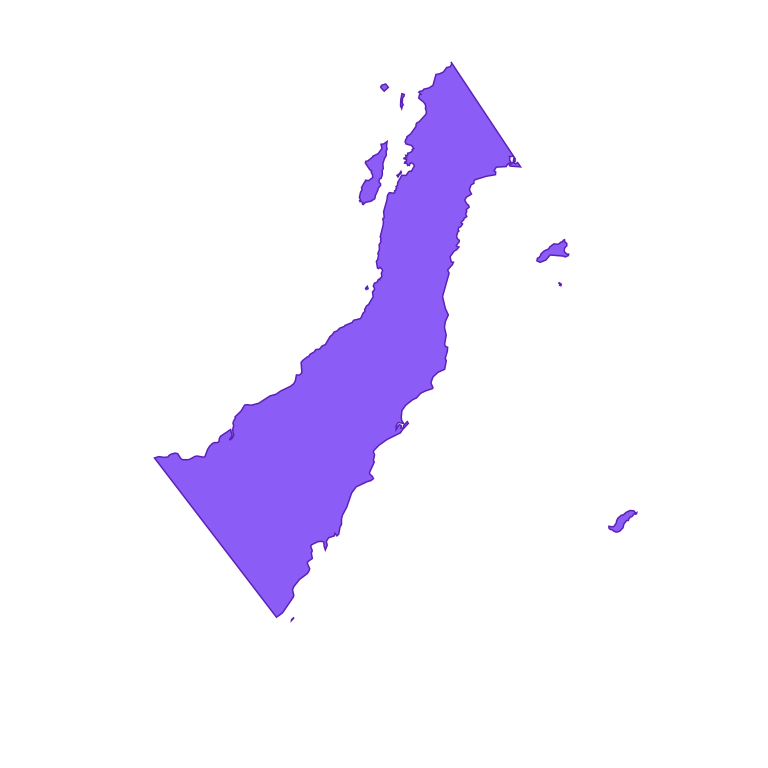 the State of Baja California, rotated 237°
{"feature_id": "MEX-2706", "entity_name": "Baja California", "entity_type": "State", "adm_level": 1, "iso_a3": "MEX", "parent_name": "Mexico", "parent_adm1": "", "projection": "albers", "projection_center": [-114.611, 30.356], "detail": "fine", "context": "isolated", "style": "filled", "palette": "violet", "viewbox_px": 768, "rotation_deg": 237, "n_neighbors": 0, "source": "natural_earth", "source_scale": "10m", "svg_char_len": 6182}
<svg xmlns="http://www.w3.org/2000/svg" viewBox="0 0 768 768"><g transform="rotate(237 384 384)"><path d="M447.0,151.2L445.8,155.5L442.3,159.6L440.5,162.9L441.2,164.9L441.1,167.1L439.9,171.1L438.0,173.0L431.9,173.0L430.2,173.9L427.3,178.3L426.6,180.5L426.3,185.7L425.5,187.9L420.9,192.8L420.6,194.2L425.3,200.6L426.7,203.7L427.6,207.6L427.3,209.7L425.5,212.7L425.6,214.3L427.9,216.1L429.2,218.4L429.4,230.6L424.6,229.0L422.8,227.8L422.1,225.0L421.4,224.4L420.9,224.9L421.3,227.3L422.8,230.0L427.9,232.0L431.1,235.3L433.1,235.8L434.7,237.4L436.4,240.8L437.6,241.2L439.2,249.4L442.2,255.6L441.5,257.6L438.5,261.1L436.1,268.4L436.1,281.9L434.2,287.9L434.4,293.5L433.0,304.3L433.4,308.5L435.1,311.5L439.3,315.5L437.7,317.7L437.7,319.8L438.6,321.5L447.2,326.2L448.0,328.5L448.5,334.4L448.1,335.8L449.2,338.2L448.9,342.7L450.0,345.6L448.4,348.9L449.6,352.9L449.0,356.3L453.2,364.5L453.5,367.5L454.8,370.4L454.1,373.5L454.9,377.3L453.9,382.2L454.4,383.2L452.9,390.8L454.0,393.2L451.8,399.5L452.2,401.1L454.8,405.0L455.3,407.6L457.0,408.3L459.1,412.1L459.0,414.2L463.1,422.4L467.5,424.5L468.3,427.3L469.4,428.1L472.1,428.4L473.8,431.0L473.2,433.6L474.8,436.3L473.7,437.5L474.7,438.0L475.2,440.7L478.5,442.2L479.7,444.5L481.2,444.8L484.1,444.1L483.7,442.3L484.8,441.7L491.0,444.4L492.0,446.7L495.3,449.8L496.6,449.7L499.3,453.4L503.5,455.8L504.9,459.0L506.3,459.3L507.7,460.8L509.4,460.9L517.8,469.9L520.6,472.0L522.9,472.7L523.4,473.4L523.4,474.8L528.7,477.5L536.6,486.5L540.4,489.8L541.6,492.7L538.7,496.1L538.8,497.2L540.3,498.1L540.1,499.5L541.2,500.4L541.5,501.6L542.9,501.5L543.5,503.8L545.5,505.2L549.3,512.5L546.9,516.3L548.6,520.1L548.4,521.7L547.5,522.8L550.4,528.3L552.1,528.5L554.5,527.6L554.9,526.0L553.5,524.5L554.2,524.2L554.3,522.9L556.8,523.3L558.1,521.5L558.9,522.6L558.7,524.0L560.0,525.2L562.2,523.4L562.6,523.9L561.7,526.1L564.0,526.7L562.9,528.0L564.7,529.9L564.2,530.5L563.8,533.6L564.3,534.9L565.4,535.4L565.2,537.2L569.1,537.0L573.3,533.2L575.6,533.6L577.3,535.4L577.6,536.8L578.9,537.8L579.2,542.6L582.6,551.1L584.7,552.7L585.1,554.0L584.8,556.3L587.4,566.1L589.3,567.9L592.9,568.9L593.2,569.8L596.2,570.9L598.9,570.7L604.8,568.8L607.2,571.2L606.8,572.8L609.8,572.1L609.9,573.9L608.8,575.8L609.6,577.9L607.8,583.0L607.8,587.7L615.3,596.2L613.9,599.5L613.3,603.7L615.3,608.9L614.0,612.4L615.7,615.3L617.7,615.6L504.3,616.7L506.5,613.0L504.7,612.6L503.6,611.3L501.0,611.3L500.9,607.0L499.8,604.9L504.7,596.3L502.8,592.4L501.0,593.2L498.8,591.5L502.5,582.9L505.8,571.4L505.1,569.9L503.3,568.6L503.6,565.6L501.1,562.2L499.9,561.3L495.6,560.8L495.8,555.0L494.3,551.8L489.0,551.6L488.1,552.3L485.9,551.7L485.5,548.0L483.5,547.3L482.2,545.1L479.3,544.6L479.2,541.4L478.1,540.0L478.0,538.3L477.2,536.5L475.4,537.1L474.1,533.9L474.5,531.9L473.0,530.1L471.5,530.2L471.2,528.5L468.1,525.1L465.9,524.7L463.5,525.4L462.3,524.5L460.8,520.0L459.6,520.1L458.1,521.5L457.1,518.3L457.2,515.1L454.7,508.7L449.7,506.9L448.3,508.6L446.9,506.5L445.0,499.5L441.4,498.9L425.4,480.7L414.0,476.6L406.9,475.6L403.0,469.5L398.5,465.5L391.1,462.8L384.3,456.5L382.1,455.9L380.2,457.4L377.0,455.0L372.1,449.3L369.7,449.0L363.3,442.9L364.4,435.6L363.2,428.9L359.5,424.0L354.1,423.0L353.8,421.9L355.6,415.0L356.3,409.6L354.6,403.8L355.2,399.4L354.4,390.6L351.9,384.5L346.8,380.4L343.9,379.0L340.2,378.9L343.6,375.6L343.8,374.2L342.1,371.2L339.2,369.4L341.3,373.2L341.5,374.9L339.6,375.9L338.0,374.1L336.9,375.6L336.9,376.4L338.5,378.0L339.8,383.0L337.7,383.0L335.7,374.9L334.1,371.1L335.8,356.5L335.4,346.3L333.7,339.2L332.9,338.1L329.7,337.5L325.8,333.6L323.8,333.3L317.7,323.7L316.1,323.0L312.8,323.9L310.4,323.6L310.1,320.4L311.3,316.6L312.9,304.7L310.3,297.6L301.0,285.7L296.6,277.7L294.0,274.9L289.3,271.8L288.2,269.4L282.7,264.2L282.3,261.8L285.4,261.6L283.7,259.5L285.2,253.8L283.5,250.0L279.6,248.5L276.8,244.4L280.2,245.3L284.2,247.4L285.7,246.4L287.8,242.7L288.6,235.7L287.9,234.2L283.2,233.0L281.7,230.9L276.7,228.9L276.5,223.4L275.6,222.1L269.5,221.1L267.6,218.5L266.8,216.3L266.1,206.7L263.2,198.0L261.2,195.2L256.0,193.3L254.8,192.1L247.4,174.4L247.1,170.9L247.0,166.8L447.0,151.2ZM582.7,510.7L586.7,512.0L585.5,514.6L585.7,518.7L581.9,515.5L579.1,514.5L578.3,512.7L574.5,510.5L572.8,507.2L569.5,503.1L564.9,500.6L564.1,498.9L560.4,496.6L558.1,493.6L558.4,492.6L557.8,491.2L556.5,489.9L553.7,490.1L552.5,489.4L551.1,485.4L550.0,484.6L546.8,479.5L544.4,477.2L544.4,472.5L546.4,467.5L545.8,464.3L546.8,463.9L547.7,465.0L549.9,464.0L549.9,463.3L551.0,463.3L551.0,464.5L553.9,465.0L557.7,468.9L558.9,471.4L561.0,472.1L564.0,477.8L563.8,478.6L565.0,479.5L563.0,481.8L563.3,486.9L565.4,488.2L568.8,488.7L569.6,489.7L571.4,488.8L579.5,488.7L580.7,490.0L579.9,491.7L580.5,498.0L581.1,498.6L580.4,504.5L582.7,510.7ZM405.7,583.0L406.6,585.6L407.5,586.2L408.4,590.9L407.6,595.7L408.7,597.7L409.0,602.8L406.3,606.2L406.6,609.8L406.1,611.1L406.9,612.7L406.7,614.0L404.5,613.0L402.6,613.9L400.4,612.7L399.7,609.7L398.1,608.0L396.1,607.3L393.2,608.3L392.3,609.6L391.3,608.5L391.9,605.1L393.4,604.3L401.7,593.6L399.8,587.2L401.0,581.2L404.0,579.3L405.9,581.1L405.7,583.0ZM142.3,504.2L144.1,507.0L144.7,511.6L143.9,513.5L144.5,517.1L143.9,521.5L141.6,524.4L138.4,524.9L138.4,525.9L137.6,525.1L137.9,523.9L138.9,523.5L137.8,519.7L138.2,518.0L137.7,516.1L136.4,514.6L137.4,513.1L135.9,508.9L133.2,506.1L132.2,501.4L132.6,499.7L133.4,498.0L135.2,496.7L137.6,495.9L138.7,494.5L140.7,494.2L142.2,495.1L139.7,497.9L139.4,499.4L141.0,503.3L142.3,504.2ZM629.5,543.6L634.3,542.8L635.2,543.3L635.8,544.9L634.7,548.8L630.4,549.2L629.5,543.6ZM491.7,616.8L498.0,608.5L499.3,608.3L499.5,612.5L497.0,614.6L496.9,616.7L491.7,616.8ZM605.3,548.8L608.2,549.3L613.0,552.7L617.7,557.1L615.8,558.7L614.5,557.6L613.7,555.3L609.8,552.4L607.6,552.1L607.8,551.5L605.3,548.8ZM501.2,616.7L500.4,615.4L499.5,615.6L499.2,614.5L500.3,613.7L503.5,616.7L501.2,616.7ZM550.0,508.5L551.9,508.5L551.9,511.4L553.1,514.0L551.8,513.7L551.1,512.3L551.6,511.6L550.0,508.5ZM472.9,420.5L474.3,420.6L475.0,423.2L472.6,422.6L472.9,420.5ZM371.0,585.1L371.4,585.9L373.2,585.5L373.5,586.1L371.1,587.1L370.1,585.8L371.0,585.1ZM236.0,177.5L236.7,178.1L237.2,180.7L236.8,180.7L236.0,177.5Z" fill="#8b5cf6" stroke="#5b21b6" stroke-width="1.5"/></g></svg>